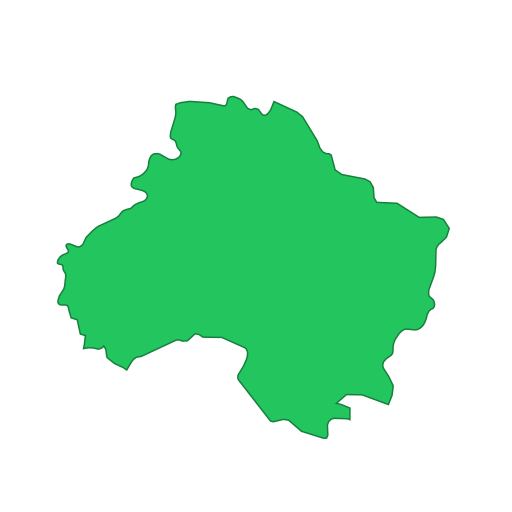 an SVG outline of Marne, rotated 20°
{"feature_id": "FRA-5323", "entity_name": "Marne", "entity_type": "Metropolitan department", "adm_level": 1, "iso_a3": "FRA", "parent_name": "France", "parent_adm1": "", "projection": "mercator", "projection_center": [4.087, 48.967], "detail": "fine", "context": "isolated", "style": "filled", "palette": "green", "viewbox_px": 512, "rotation_deg": 20, "n_neighbors": 0, "source": "natural_earth", "source_scale": "10m", "svg_char_len": 3283}
<svg xmlns="http://www.w3.org/2000/svg" viewBox="0 0 512 512"><g transform="rotate(20 256 256)"><path d="M431.2,350.3L403.0,350.2L388.4,355.3L381.9,367.0L386.8,366.4L396.3,366.8L400.2,377.7L397.8,377.6L384.9,381.8L382.4,383.7L380.9,386.9L380.9,390.4L384.8,399.8L384.6,403.0L381.8,404.1L358.7,405.2L342.7,399.1L337.5,400.2L329.1,405.8L326.2,406.2L281.6,378.2L280.4,376.3L279.9,373.9L281.9,363.7L282.4,356.3L282.1,352.8L280.9,349.1L279.1,347.0L276.9,346.0L251.8,344.2L233.8,350.4L229.7,349.3L225.4,349.8L220.6,359.1L216.1,361.1L212.5,361.1L209.8,362.3L182.5,389.6L178.2,392.1L176.2,395.2L175.0,399.0L173.5,407.3L169.6,406.3L159.7,405.4L150.9,402.4L149.8,400.9L147.0,395.4L146.1,394.6L144.8,393.3L143.7,392.7L143.2,394.1L142.7,394.9L141.6,396.1L140.3,397.1L139.4,397.5L134.8,398.0L129.9,399.5L125.6,402.0L125.2,398.9L122.9,389.1L117.6,389.4L109.8,377.0L103.5,377.4L98.5,370.6L96.8,367.8L95.3,367.1L93.9,367.1L89.8,368.6L87.7,368.8L85.8,367.6L85.1,365.0L84.9,360.8L86.7,352.8L86.4,349.3L85.0,343.8L84.6,341.8L84.0,339.6L82.9,337.6L81.1,336.3L79.4,334.6L78.3,332.2L77.6,331.2L77.1,330.7L76.0,330.6L73.5,331.0L72.2,330.8L71.8,330.5L71.5,329.5L71.3,327.4L72.2,323.9L73.8,321.3L76.6,318.8L78.2,317.0L78.0,315.2L74.8,312.5L73.9,310.8L74.6,309.2L77.2,308.3L84.7,308.5L86.9,307.9L88.6,305.8L89.4,303.9L90.0,296.6L93.3,289.3L95.7,284.9L97.7,282.0L111.7,268.0L113.4,265.2L114.4,261.8L115.4,259.3L118.0,256.9L122.0,254.1L124.6,249.3L128.4,245.5L130.5,244.0L132.4,242.1L133.5,239.9L133.6,236.8L132.2,235.0L130.4,233.8L128.2,233.4L125.8,233.4L118.5,234.2L116.3,233.7L114.7,232.5L114.1,231.0L113.9,229.9L113.9,228.2L114.0,226.4L114.5,224.5L117.7,222.2L119.5,220.7L121.6,217.9L123.4,214.1L124.1,211.2L124.1,208.6L123.0,204.0L122.8,201.7L122.9,199.6L123.3,197.6L124.2,196.0L125.6,194.7L128.6,193.4L131.0,193.2L140.7,194.9L143.1,194.5L145.4,193.8L147.7,192.2L149.6,189.9L150.6,186.8L150.3,184.9L149.5,183.5L145.7,181.3L143.9,179.6L142.6,177.5L141.2,175.8L139.4,175.0L137.4,174.9L135.5,174.4L134.5,172.9L134.0,170.9L133.5,168.5L132.7,153.7L132.3,151.2L131.6,148.5L129.2,143.4L128.8,140.9L132.9,137.6L140.8,133.4L159.8,127.9L173.8,126.0L175.5,125.5L176.4,123.8L176.3,121.7L175.9,119.4L175.9,117.2L177.4,115.3L180.2,113.8L185.6,113.8L188.4,114.3L190.8,115.3L197.2,119.9L199.5,120.4L201.8,120.0L204.1,117.9L206.8,117.4L208.4,117.6L212.6,120.5L214.9,121.2L216.9,120.4L218.2,118.7L219.2,115.8L219.8,113.5L220.1,104.7L245.1,106.8L252.0,109.1L274.0,126.7L279.3,132.9L283.0,135.3L286.9,135.8L289.8,134.9L292.1,135.4L300.9,148.0L308.8,150.1L331.9,146.4L337.7,147.2L342.8,151.5L347.0,160.9L351.1,164.3L370.6,158.2L396.1,163.9L412.1,157.7L419.6,157.5L428.2,164.0L428.5,173.0L425.8,178.8L423.6,182.8L422.9,185.6L422.9,188.3L428.2,203.9L429.6,209.8L430.0,214.0L430.0,228.8L431.1,232.5L432.5,234.6L437.2,236.4L439.0,238.0L440.6,240.9L440.7,243.1L440.3,244.6L439.9,245.1L439.5,245.4L438.7,246.2L437.5,248.2L436.9,251.9L437.4,257.0L437.3,260.5L436.9,263.3L436.1,265.6L434.9,267.6L433.6,269.2L432.4,270.2L430.5,271.1L422.9,273.1L420.6,274.1L418.5,276.7L416.9,280.3L415.3,286.9L415.2,290.7L415.7,294.1L416.7,296.9L417.6,300.2L417.2,302.7L413.5,308.0L412.0,312.1L412.3,314.8L413.3,316.9L414.3,318.0L421.8,323.7L429.1,330.8L429.6,332.1L431.5,340.4L431.2,350.3Z" fill="#22c55e" stroke="#15803d" stroke-width="1.5"/></g></svg>